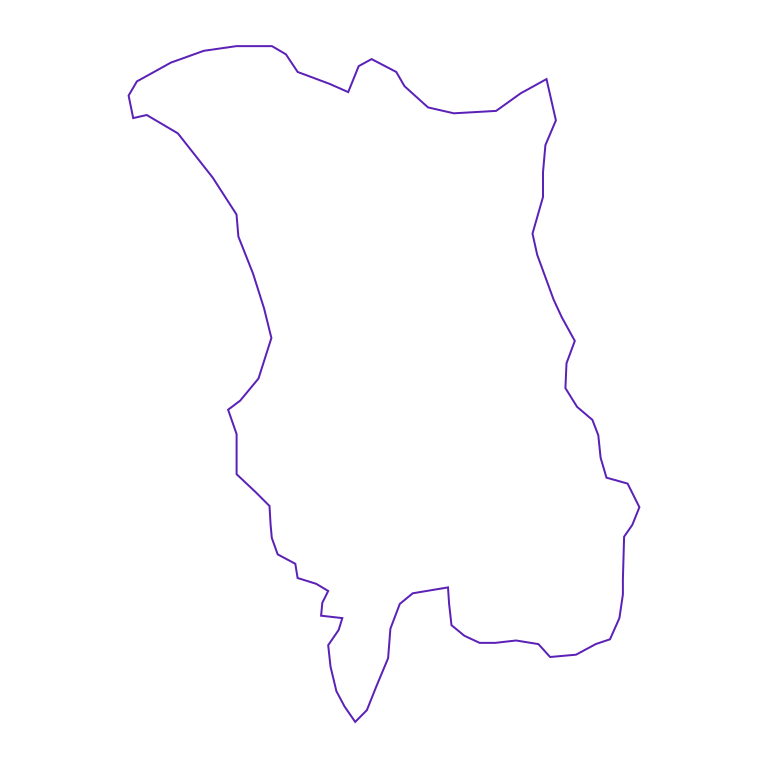 Kalyvakia, Cyprus (orthographic projection)
{"feature_id": "46923920B14026353956813", "entity_name": "Kalyvakia", "entity_type": "district", "adm_level": 2, "iso_a3": "CYP", "parent_name": "Cyprus", "parent_adm1": "", "projection": "orthographic", "projection_center": [33.542, 35.261], "detail": "fine", "context": "isolated", "style": "outline", "palette": "violet", "viewbox_px": 768, "rotation_deg": 0, "n_neighbors": 0, "source": "geoboundaries", "source_scale": "gbopen_adm2", "svg_char_len": 1239}
<svg xmlns="http://www.w3.org/2000/svg" viewBox="0 0 768 768"><path d="M228.1,409.7L236.6,434.1L236.6,455.3L236.6,474.2L255.4,491.9L269.5,506.0L270.6,524.9L271.8,537.9L277.7,554.4L295.3,563.8L297.6,578.0L316.4,583.9L328.2,591.0L322.3,602.8L321.1,615.7L342.3,618.1L338.7,629.9L328.2,645.2L330.5,666.5L336.4,691.2L344.6,706.6L355.2,721.9L366.9,710.1L376.3,686.5L388.1,658.2L390.4,628.7L399.8,603.9L412.7,593.3L448.0,587.4L449.1,603.9L451.5,625.2L464.4,635.8L479.7,642.9L494.9,642.9L516.1,640.5L538.4,644.1L550.1,657.0L576.0,654.7L595.9,644.0L610.0,639.3L619.4,618.1L622.9,594.5L622.9,579.2L624.1,536.7L632.3,524.9L639.4,507.2L627.6,483.6L606.5,477.7L600.6,457.7L598.3,435.3L592.4,419.9L577.1,406.9L565.4,388.1L566.5,363.3L574.8,340.9L561.8,317.3L553.6,299.6L537.2,254.8L532.5,233.6L543.0,197.0L543.0,172.3L545.4,145.1L555.9,120.4L546.5,79.1L520.7,93.3L496.1,110.9L453.8,113.3L428.0,107.4L404.5,86.2L396.3,72.0L371.6,59.1L358.7,66.1L348.2,92.1L329.4,83.8L297.7,72.0L285.9,54.3L271.9,46.1L236.6,46.1L203.8,50.8L170.9,62.6L136.9,81.4L128.6,95.6L133.2,118.1L146.7,115.0L177.9,133.4L212.7,177.6L236.5,214.5L238.4,236.6L253.0,273.5L264.1,308.5L271.4,338.0L258.5,378.5L240.2,400.6L228.1,409.7Z" fill="none" stroke="#5b21b6" stroke-width="2"/></svg>